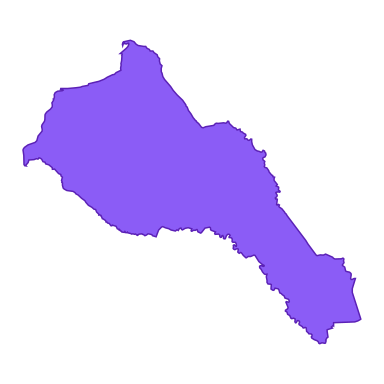 outline of El Retén, Magdalena, Colombia
{"feature_id": "7082276B19803419989566", "entity_name": "El Retén", "entity_type": "district", "adm_level": 2, "iso_a3": "COL", "parent_name": "Colombia", "parent_adm1": "Magdalena", "projection": "albers", "projection_center": [-74.323, 10.652], "detail": "fine", "context": "isolated", "style": "filled", "palette": "violet", "viewbox_px": 384, "rotation_deg": 0, "n_neighbors": 0, "source": "geoboundaries", "source_scale": "gbopen_adm2", "svg_char_len": 5971}
<svg xmlns="http://www.w3.org/2000/svg" viewBox="0 0 384 384"><path d="M271.6,175.0L269.0,171.8L268.7,170.6L266.8,167.9L264.9,167.4L264.3,166.7L264.8,164.8L264.3,163.1L264.8,161.4L263.0,159.8L262.7,158.7L263.2,157.6L265.0,156.9L266.0,154.9L265.7,153.0L265.0,152.5L264.5,151.0L263.1,150.3L261.9,152.0L261.0,152.2L259.1,151.3L257.4,151.0L255.0,149.6L252.4,144.9L251.7,141.7L251.7,139.2L250.8,139.0L249.5,140.2L248.8,140.4L247.7,139.9L246.9,138.8L244.7,138.8L244.5,137.5L245.9,135.4L245.6,134.3L243.2,133.0L242.5,132.1L240.5,131.5L240.0,129.1L237.1,130.0L235.7,128.1L233.6,127.6L229.4,123.5L228.6,121.3L227.7,121.2L226.7,122.7L225.8,123.2L223.6,122.8L218.2,123.4L216.4,123.2L215.4,123.6L213.7,125.4L205.8,126.7L203.1,127.8L201.5,127.3L198.7,123.6L196.4,121.6L196.2,120.9L195.4,120.4L193.1,117.6L191.0,113.9L188.4,110.4L187.2,107.1L186.1,106.2L185.8,104.8L182.6,100.2L177.1,94.9L173.2,90.4L170.6,86.5L164.5,79.4L162.8,76.5L162.0,73.1L161.3,71.8L161.2,68.5L162.0,65.7L160.2,64.0L159.4,60.9L159.6,58.7L157.7,56.7L157.2,54.8L154.1,52.7L152.9,51.0L150.2,51.0L149.4,49.5L147.0,48.3L145.7,46.4L143.7,46.4L138.1,45.5L136.1,44.2L134.0,41.7L130.4,40.3L123.5,41.8L122.9,42.5L122.4,44.4L122.7,45.6L123.3,43.5L123.8,43.7L124.5,43.0L125.0,43.7L126.3,44.0L127.4,43.3L128.1,43.7L128.6,43.3L128.9,44.0L128.0,46.4L126.4,48.2L120.3,53.5L121.7,53.5L122.2,54.3L121.9,55.1L121.4,54.7L121.9,55.4L121.9,56.7L121.6,60.8L120.9,63.9L121.2,64.8L120.6,68.2L120.9,70.3L116.1,72.6L114.4,74.4L112.6,74.7L107.3,77.2L104.2,79.2L99.0,81.3L88.8,83.7L88.0,85.4L82.4,86.4L80.3,87.2L75.5,87.8L67.5,88.5L60.8,88.5L60.6,89.3L62.3,89.2L63.1,90.2L62.3,90.7L57.6,91.2L55.2,92.6L54.2,94.7L54.4,97.0L53.8,99.1L53.3,99.1L53.5,100.3L51.9,102.9L52.3,104.9L52.2,106.9L50.5,109.1L46.9,111.9L45.5,113.7L45.0,114.9L44.9,119.2L44.5,121.2L42.0,124.9L41.6,126.5L42.2,129.4L42.1,131.1L38.1,136.0L36.8,140.7L35.1,142.4L28.0,144.9L24.5,147.4L23.5,148.7L23.0,150.0L23.8,155.5L24.0,164.5L24.7,165.7L26.1,165.9L25.7,165.4L28.1,162.6L28.9,160.0L34.1,159.6L36.3,158.7L38.0,159.1L39.1,157.8L40.6,158.4L41.7,159.3L43.0,161.7L45.0,162.2L45.7,163.9L48.8,164.8L52.2,167.6L52.4,169.3L54.6,169.1L58.6,173.6L60.8,174.5L61.0,175.9L62.4,177.2L61.5,180.6L62.0,181.4L61.8,182.4L62.5,183.0L62.4,185.1L63.2,188.1L64.1,189.0L66.8,190.5L73.1,191.4L75.1,192.7L75.8,193.8L78.1,195.0L81.6,198.3L84.9,200.7L85.9,202.4L88.4,205.3L91.9,207.3L94.0,209.2L95.6,209.5L96.6,212.0L98.9,214.3L98.8,215.0L99.8,214.8L100.4,215.6L101.0,215.5L102.4,218.8L103.0,218.8L105.6,220.6L106.1,222.1L106.9,222.0L107.5,223.0L109.3,223.5L110.9,225.7L111.8,225.8L112.3,225.1L116.1,226.3L117.3,228.8L118.6,229.3L119.1,230.0L119.5,229.5L120.6,231.0L121.4,231.2L121.8,232.0L124.3,232.4L124.9,231.5L125.6,232.6L127.1,232.7L127.4,232.2L128.1,232.9L130.6,233.5L131.7,234.1L132.9,233.8L134.5,234.3L135.5,234.0L137.3,235.4L137.8,235.3L137.8,234.7L139.0,234.2L141.9,233.8L142.3,234.3L143.4,234.5L144.9,235.7L146.5,235.0L147.9,233.9L148.7,233.9L151.8,234.6L152.5,235.7L156.1,236.8L158.6,230.1L161.5,227.1L162.8,226.6L165.4,227.8L168.8,228.7L171.0,230.0L175.4,231.0L177.0,229.8L178.3,230.5L179.2,228.8L180.3,228.2L181.0,228.1L181.6,229.5L182.5,229.9L185.2,228.3L188.2,227.7L191.8,228.8L191.1,230.5L191.4,231.2L192.0,231.2L193.4,230.3L195.5,230.3L196.4,229.6L197.1,229.6L197.9,231.8L200.6,233.1L201.4,232.7L205.0,228.1L209.6,227.2L210.4,227.7L210.6,229.6L211.2,230.3L215.5,231.9L214.7,233.3L215.1,234.3L218.7,234.1L219.7,235.0L219.9,236.8L220.7,237.4L221.4,237.2L222.0,235.7L222.8,235.5L223.6,237.2L223.4,238.1L224.1,238.9L225.3,238.7L226.4,235.8L227.4,234.6L228.1,234.2L229.4,234.4L230.1,235.3L229.1,236.8L229.1,237.5L231.2,237.8L231.9,238.4L232.2,239.4L232.1,241.6L232.7,242.2L235.3,242.3L236.1,243.4L236.5,245.5L236.3,246.3L235.6,246.2L234.4,244.9L233.9,244.9L233.3,245.4L233.5,247.4L233.1,248.1L233.6,249.1L234.9,249.7L236.6,248.8L237.9,248.8L238.3,249.7L237.8,252.0L238.2,252.5L239.2,253.3L240.7,252.5L241.5,252.9L243.3,255.4L245.9,257.8L246.4,257.8L248.1,256.5L250.7,256.5L253.9,255.1L255.0,255.4L258.9,261.6L262.5,264.6L264.1,265.4L264.2,265.9L263.2,266.4L261.4,265.6L260.2,265.7L259.6,266.3L259.7,267.8L261.2,269.4L262.5,271.9L264.2,273.9L265.2,274.4L267.0,274.2L266.3,276.8L267.0,280.2L267.0,282.4L268.0,284.0L270.7,284.2L271.3,284.6L271.0,289.0L272.5,290.1L273.5,290.3L274.3,289.8L275.0,288.2L278.1,288.8L278.9,289.8L279.8,292.9L281.3,293.6L282.3,294.7L284.1,295.9L285.0,298.1L288.3,299.2L288.8,299.8L289.3,301.2L289.0,302.0L288.3,302.2L286.6,301.6L285.9,302.1L288.1,307.5L287.6,308.8L285.5,310.2L285.4,311.1L287.0,312.1L287.6,314.3L289.7,315.5L290.9,318.2L291.8,318.7L293.7,318.2L295.2,319.1L294.9,321.8L295.5,322.8L296.3,322.6L297.3,320.7L298.2,320.6L299.4,321.3L299.6,322.2L298.9,323.9L299.2,324.7L302.3,326.6L303.1,327.9L303.9,328.0L305.1,327.4L306.2,327.9L306.6,331.4L308.1,332.7L308.8,333.8L311.2,334.0L312.0,334.8L312.0,336.0L311.3,336.9L311.8,338.1L314.3,339.7L317.2,340.8L318.2,341.7L318.9,343.3L319.8,343.7L321.9,342.8L324.9,343.3L325.5,343.0L326.1,340.8L325.7,340.1L326.9,337.9L328.0,337.1L327.1,331.0L327.2,329.7L332.4,328.1L331.4,327.0L333.0,325.6L333.6,326.0L333.6,322.7L354.8,321.9L357.9,320.9L360.7,319.3L361.0,319.7L352.3,292.5L352.3,288.6L355.4,278.5L354.1,278.5L352.1,279.5L351.1,279.4L350.6,278.4L351.2,274.9L351.0,273.5L349.6,272.2L346.2,271.4L345.6,270.8L344.7,267.1L342.5,265.5L342.5,264.6L343.6,263.4L344.0,262.4L343.5,261.0L343.9,259.0L343.4,258.3L342.5,258.2L341.5,258.8L335.0,259.0L333.5,258.3L332.6,257.2L325.6,254.1L323.4,255.1L320.2,254.9L317.4,255.6L316.5,255.4L315.7,254.5L308.0,244.1L305.8,240.5L286.9,215.4L286.3,214.1L285.3,213.4L284.5,212.0L281.8,208.7L279.3,207.1L278.9,206.4L279.4,205.0L278.3,204.4L277.3,205.0L276.6,204.7L277.3,199.4L276.9,198.9L275.7,199.0L275.3,198.0L276.9,196.5L277.2,195.2L275.8,192.8L276.1,192.3L278.0,191.9L279.7,192.2L280.1,191.3L278.4,190.0L278.7,187.6L278.5,187.0L276.2,186.0L277.3,184.5L274.2,180.6L274.0,178.8L274.6,177.2L272.9,176.7L272.7,175.5L271.6,175.0Z" fill="#8b5cf6" stroke="#5b21b6" stroke-width="1.5"/></svg>